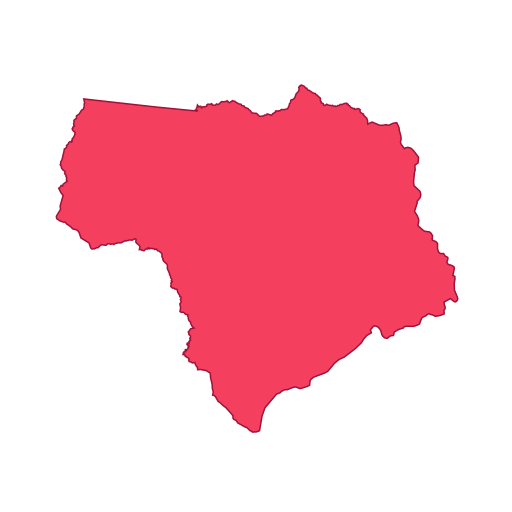 the district of Gualaquiza, Morona Santiago, Ecuador, rotated 187°
{"feature_id": "8360857B90160317571497", "entity_name": "Gualaquiza", "entity_type": "district", "adm_level": 2, "iso_a3": "ECU", "parent_name": "Ecuador", "parent_adm1": "Morona Santiago", "projection": "albers", "projection_center": [-78.568, -3.327], "detail": "fine", "context": "isolated", "style": "filled", "palette": "rose", "viewbox_px": 512, "rotation_deg": 187, "n_neighbors": 0, "source": "geoboundaries", "source_scale": "gbopen_adm2", "svg_char_len": 6097}
<svg xmlns="http://www.w3.org/2000/svg" viewBox="0 0 512 512"><g transform="rotate(187 256 256)"><path d="M446.1,390.9L444.7,386.9L445.1,386.0L444.7,383.7L445.3,380.7L447.0,379.4L448.8,375.4L451.3,373.2L451.0,370.7L453.0,369.0L453.3,367.9L452.7,366.8L453.2,365.4L452.8,363.7L451.9,363.0L453.5,361.5L453.5,360.3L454.0,359.7L452.6,357.8L450.6,356.7L450.7,353.9L452.0,350.8L452.6,350.2L452.7,348.3L453.1,348.0L452.5,347.2L453.4,346.6L454.7,346.7L455.6,345.8L456.0,344.3L457.6,342.6L457.2,341.6L457.5,340.2L459.4,338.7L459.2,338.1L460.3,327.9L461.3,325.5L461.1,323.6L461.5,322.8L460.2,321.2L459.9,319.9L458.5,318.2L455.7,316.5L456.0,314.4L454.3,312.9L454.4,312.1L453.6,310.8L453.4,308.3L452.5,307.4L452.6,306.8L453.6,306.3L456.2,303.7L456.4,302.1L456.9,301.8L457.9,302.3L459.2,299.8L460.1,299.2L457.5,295.3L454.8,292.5L456.5,281.8L455.7,278.5L459.0,271.1L458.4,268.8L454.7,266.9L451.5,266.2L449.6,266.4L447.8,264.7L443.5,262.5L441.3,260.6L437.5,260.1L436.1,259.5L434.5,257.8L431.9,252.5L423.4,248.7L421.1,244.0L420.0,243.0L417.2,243.4L415.2,244.8L413.8,244.9L412.3,246.9L410.6,248.4L406.2,248.3L404.8,250.0L403.2,250.3L401.8,249.9L399.5,250.6L398.5,250.1L398.1,250.7L394.4,252.3L391.5,252.6L387.7,255.3L386.9,255.0L383.2,256.6L380.8,256.6L379.2,257.8L377.6,258.4L377.0,257.6L377.1,255.7L376.6,254.6L373.4,252.4L372.2,251.0L372.6,248.1L370.5,248.3L369.9,247.8L367.8,247.5L366.5,249.2L365.1,249.8L364.8,250.6L364.2,250.6L364.0,250.0L363.2,251.0L362.7,250.2L360.7,250.9L359.6,250.6L358.7,251.0L357.5,250.1L355.6,250.7L354.3,249.2L353.2,249.2L350.3,247.4L349.6,246.4L349.2,243.5L347.9,242.0L348.1,241.3L347.2,239.7L343.5,237.1L342.8,236.0L342.5,232.7L339.8,228.2L339.5,226.9L338.3,225.5L338.2,224.2L336.7,222.5L337.1,221.0L336.0,220.4L337.2,218.8L336.7,217.5L336.9,215.3L335.0,214.0L333.3,214.0L332.6,213.4L330.3,213.2L329.2,210.4L326.8,207.3L326.6,206.3L325.4,206.0L325.3,204.6L325.8,203.7L324.6,201.4L325.8,199.1L324.5,195.6L324.7,191.6L323.3,191.0L320.8,191.3L318.9,189.5L316.5,189.4L316.6,188.1L315.8,187.2L315.5,185.3L314.6,183.6L312.8,182.3L312.8,181.3L311.0,178.6L308.7,176.9L311.9,175.9L314.0,172.2L313.1,171.0L313.1,170.0L311.2,168.5L311.1,167.2L311.8,166.2L310.6,164.6L311.5,164.1L311.8,161.7L312.2,162.6L312.8,161.4L313.7,160.9L313.3,160.3L313.6,159.9L313.1,159.7L313.3,159.4L311.7,158.5L311.5,157.8L312.4,157.3L311.9,156.5L313.4,154.1L314.0,154.6L314.7,154.5L314.3,152.7L315.0,152.8L315.2,152.2L315.9,152.0L316.3,151.3L315.7,150.5L316.3,150.1L316.5,149.3L314.7,149.1L313.8,147.6L312.9,147.7L312.3,147.0L310.9,146.6L309.7,145.3L310.1,144.6L309.5,143.1L307.7,142.9L306.2,142.1L303.6,142.8L303.4,141.8L301.5,139.0L300.5,138.4L300.1,136.0L297.2,136.6L291.6,136.2L287.1,134.2L286.4,130.1L283.9,123.2L283.2,119.2L281.8,115.7L282.1,112.6L280.8,112.5L279.1,111.5L275.9,107.1L273.7,106.0L271.0,103.9L267.4,101.8L261.9,97.0L259.4,94.6L259.1,92.3L258.4,91.3L255.7,90.3L253.6,88.0L245.6,84.8L244.5,84.8L240.5,81.8L239.2,81.6L238.2,80.8L234.0,81.5L231.2,83.0L230.5,97.8L228.6,106.4L218.8,121.4L215.4,123.2L214.0,124.9L211.4,126.7L208.7,127.1L203.2,130.1L200.6,130.9L196.0,129.7L189.0,132.9L187.0,134.3L187.2,138.4L186.5,140.2L184.0,142.8L173.3,148.4L170.6,150.4L165.1,159.0L161.0,163.4L156.0,166.5L146.0,176.3L140.7,182.9L139.1,186.5L136.3,190.7L132.1,193.8L133.4,196.7L130.8,200.6L129.1,201.2L125.9,200.2L123.2,197.4L121.4,193.1L120.3,191.8L118.5,190.5L115.7,190.2L113.0,193.0L109.9,193.9L109.4,197.5L105.1,200.7L101.1,202.4L100.2,204.0L97.4,204.7L90.8,205.4L86.3,207.7L85.4,208.5L84.1,214.2L82.9,215.7L79.7,217.6L79.0,218.7L77.9,219.5L76.9,219.8L76.1,219.3L73.6,219.1L70.7,218.0L66.5,219.2L62.3,221.3L62.2,222.2L62.9,224.8L61.9,226.5L62.1,228.6L63.3,230.9L63.7,233.2L57.9,237.4L53.7,234.9L52.7,234.7L51.8,235.2L50.9,236.4L50.5,237.9L51.1,239.6L54.9,246.4L55.9,253.1L55.7,258.0L56.2,258.8L56.1,260.0L58.2,260.6L57.6,267.9L58.1,269.3L60.2,270.4L64.4,271.2L65.9,273.2L65.2,276.0L65.4,277.8L65.7,278.1L68.3,279.0L70.1,281.3L73.3,280.9L75.4,282.3L76.8,285.7L77.3,290.5L79.1,292.2L82.8,293.2L83.2,294.1L83.2,297.6L85.1,300.0L86.9,301.1L91.3,301.1L92.8,301.6L99.0,305.9L98.7,309.8L98.9,311.9L100.6,315.3L104.1,319.6L102.5,328.0L102.8,329.7L100.3,333.8L99.9,335.5L100.0,337.5L101.1,340.2L107.7,345.0L108.6,348.3L108.9,357.9L108.5,360.9L109.4,365.4L106.5,368.2L106.7,373.8L112.2,379.5L115.2,381.8L118.4,382.4L120.9,381.5L121.8,380.7L125.3,384.3L126.5,386.3L126.2,389.8L127.0,393.2L128.9,397.7L129.8,401.1L132.6,405.5L136.3,404.4L140.2,401.9L142.9,402.2L146.5,401.1L149.4,400.9L157.1,403.1L161.2,400.6L161.7,403.8L162.9,406.3L166.2,408.7L166.6,409.9L169.7,411.1L170.5,412.4L170.4,413.8L171.5,414.5L172.8,414.8L175.5,413.5L176.3,414.4L177.0,414.1L180.3,415.3L181.5,416.6L182.8,416.8L183.0,417.7L184.5,418.6L184.7,418.1L185.5,418.5L187.0,418.1L189.1,416.8L190.7,416.8L191.9,415.4L193.1,415.4L193.8,414.6L195.1,414.1L195.8,414.6L197.2,414.0L198.4,414.9L199.2,414.5L202.7,414.6L204.3,415.3L205.6,414.0L207.3,414.0L207.9,415.5L210.1,416.1L210.1,417.1L211.2,418.5L211.2,420.3L215.3,423.3L216.2,423.6L216.9,424.5L219.3,424.7L223.3,426.9L224.4,426.8L226.0,428.3L226.0,428.7L227.3,428.8L228.7,430.3L231.6,431.2L232.6,430.8L232.7,429.9L233.4,429.8L233.1,430.5L234.2,428.4L233.5,427.2L233.8,424.7L235.9,421.9L236.9,417.5L239.1,415.4L240.0,415.3L240.5,414.8L240.5,412.4L241.4,411.1L241.4,409.5L242.6,406.0L246.0,404.7L248.7,404.5L250.1,402.9L251.0,403.0L251.7,402.5L253.8,402.6L254.4,402.0L254.4,400.9L256.8,399.3L257.6,397.6L262.3,398.4L263.5,396.9L264.8,396.9L265.5,396.0L269.0,395.1L269.6,395.1L272.8,397.6L277.5,397.5L279.6,399.8L280.9,400.3L281.7,401.3L285.4,402.3L286.0,403.4L288.2,403.5L289.5,404.9L290.8,404.7L294.5,406.1L295.8,407.0L297.2,406.9L298.2,407.4L300.8,405.0L302.3,405.3L302.4,405.8L303.6,406.6L304.4,405.9L306.5,405.2L309.1,405.0L311.7,401.8L313.8,402.1L314.5,400.8L317.7,400.4L318.2,401.5L318.7,401.8L319.8,401.0L322.4,400.8L323.2,400.0L323.1,399.1L324.1,398.1L327.0,397.6L327.9,396.3L328.5,396.7L328.9,397.8L329.9,397.8L330.8,397.0L332.5,398.7L332.7,396.3L333.4,394.2L331.9,393.0L332.9,392.3L334.2,393.2L335.5,392.6L372.9,391.7L446.1,390.9Z" fill="#f43f5e" stroke="#9f1239" stroke-width="1.5"/></g></svg>